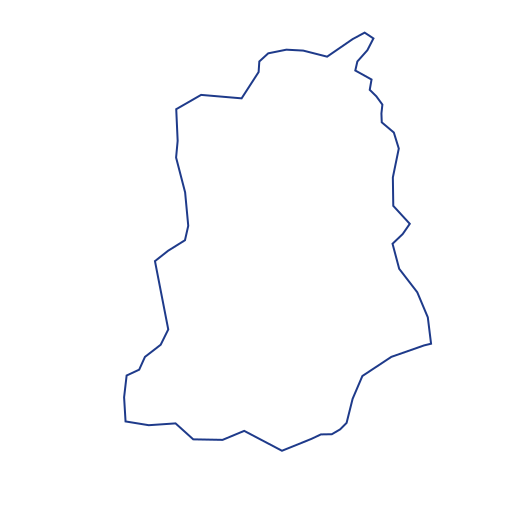 Gabrovo, orthographic projection, rotated 258°
{"feature_id": "BGR-2246", "entity_name": "Gabrovo", "entity_type": "Province", "adm_level": 1, "iso_a3": "BGR", "parent_name": "Bulgaria", "parent_adm1": "", "projection": "orthographic", "projection_center": [25.265, 42.966], "detail": "fine", "context": "isolated", "style": "outline", "palette": "blue", "viewbox_px": 512, "rotation_deg": 258, "n_neighbors": 0, "source": "natural_earth", "source_scale": "10m", "svg_char_len": 898}
<svg xmlns="http://www.w3.org/2000/svg" viewBox="0 0 512 512"><g transform="rotate(258 256 256)"><path d="M133.8,409.0L133.6,401.8L129.2,367.4L116.5,335.1L96.2,320.8L73.9,309.9L68.9,302.2L65.9,293.1L68.0,282.4L65.6,272.2L60.1,240.9L87.4,208.1L83.1,185.1L89.7,156.5L109.0,142.5L112.8,115.9L121.3,94.0L145.2,97.6L166.0,104.6L169.1,118.1L180.4,126.4L189.0,144.3L202.4,154.9L272.0,156.1L279.4,171.1L286.2,189.8L299.6,196.0L333.0,199.9L368.9,198.3L384.9,203.3L416.2,208.5L425.0,235.8L413.2,274.7L435.4,296.8L445.6,299.7L451.7,310.1L451.5,328.6L447.1,344.9L436.2,367.0L448.1,395.7L451.9,408.7L444.4,416.1L434.1,407.7L425.2,395.6L416.8,391.7L404.6,405.7L394.9,401.8L387.2,406.9L377.8,411.1L369.3,408.3L360.6,406.8L348.1,416.5L331.4,418.0L304.4,406.2L276.5,400.7L255.5,413.1L247.0,404.1L239.6,392.1L213.7,393.4L187.0,406.2L160.3,411.3L133.8,409.0Z" fill="none" stroke="#1e3a8a" stroke-width="2"/></g></svg>